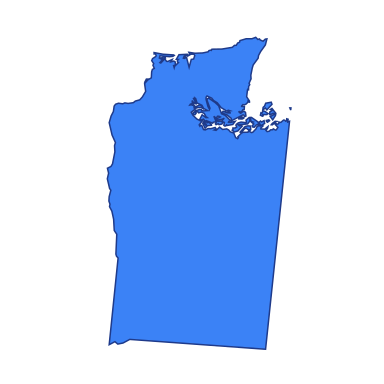 map outline of Washington (Equal Earth projection), rotated 96°
{"feature_id": "USA-3519", "entity_name": "Washington", "entity_type": "State", "adm_level": 1, "iso_a3": "USA", "parent_name": "United States of America", "parent_adm1": "", "projection": "equal_earth", "projection_center": [-122.689, 47.279], "detail": "fine", "context": "isolated", "style": "filled", "palette": "blue", "viewbox_px": 384, "rotation_deg": 96, "n_neighbors": 0, "source": "natural_earth", "source_scale": "10m", "svg_char_len": 6020}
<svg xmlns="http://www.w3.org/2000/svg" viewBox="0 0 384 384"><g transform="rotate(96 192 192)"><path d="M111.5,102.4L340.7,102.4L345.1,238.5L349.4,244.8L351.0,249.9L348.9,253.0L352.5,258.4L265.4,258.6L263.7,260.4L261.7,261.2L241.9,262.4L238.4,265.3L227.3,267.1L219.4,269.7L215.2,272.5L212.7,272.3L209.7,273.7L205.3,273.9L198.7,272.9L197.2,274.3L187.7,277.6L182.0,276.9L177.2,278.6L175.1,275.3L172.4,274.0L160.1,272.9L154.0,273.9L150.9,273.3L143.6,277.5L131.7,281.6L124.9,280.4L120.2,278.6L114.7,278.4L112.7,277.2L111.4,274.4L111.5,270.1L110.4,268.1L110.6,264.8L109.3,259.7L107.5,257.9L105.8,253.6L102.7,251.3L96.8,248.6L89.1,250.5L85.2,247.7L82.7,244.4L76.7,244.7L74.2,244.2L73.0,242.4L70.0,244.1L68.3,243.5L65.6,245.8L63.5,245.2L61.0,242.2L60.0,241.9L58.4,242.8L58.7,244.1L57.3,244.3L58.0,235.2L57.6,224.6L58.0,223.9L59.1,225.2L59.8,228.5L59.9,238.1L62.2,238.5L63.5,235.2L66.7,237.5L67.0,236.5L63.1,233.5L63.1,232.4L64.7,231.0L64.7,229.7L62.3,225.6L64.8,226.7L63.7,223.8L64.2,222.5L65.6,222.0L67.7,221.9L68.2,223.5L70.2,222.7L68.9,222.5L64.7,219.0L64.1,220.1L62.6,220.2L61.6,219.4L61.7,221.5L56.8,219.3L55.5,211.1L56.1,210.4L57.0,211.0L56.7,212.2L57.7,214.0L59.8,214.6L60.0,213.6L59.4,212.6L58.3,213.0L58.7,211.5L68.3,207.9L60.2,206.6L59.6,204.3L56.0,203.5L54.7,204.5L55.1,207.5L56.4,209.3L55.1,208.7L53.4,209.7L53.7,203.6L52.6,195.9L50.9,190.6L49.6,189.9L48.7,187.5L49.8,187.8L47.9,187.1L46.7,177.2L43.9,167.0L41.7,165.1L41.5,163.3L39.1,162.2L38.1,160.4L36.4,160.1L33.9,154.1L33.3,148.4L31.5,144.8L33.4,142.5L32.7,140.9L33.7,140.0L34.6,137.1L32.3,135.1L31.9,133.5L38.1,134.4L45.1,138.4L49.3,140.1L52.0,140.2L59.2,144.4L62.3,145.0L69.7,145.7L73.3,145.1L77.9,146.6L79.2,145.8L81.1,146.7L85.2,146.4L83.2,146.8L84.5,147.5L91.6,147.6L95.5,144.4L97.2,144.1L95.0,145.7L97.0,145.9L99.0,147.5L99.9,149.2L99.7,150.5L101.2,151.6L101.7,151.6L101.6,148.8L104.5,148.7L104.8,150.0L106.1,150.4L107.3,152.1L107.4,153.1L106.6,153.9L107.9,153.3L108.6,151.8L106.5,149.5L106.5,148.1L107.3,147.1L110.8,146.3L111.6,147.5L110.2,148.3L109.9,149.3L116.9,160.0L114.6,160.8L111.6,165.3L110.4,169.6L109.6,170.2L108.4,169.5L109.6,165.2L109.4,161.7L108.7,164.4L108.0,164.9L107.3,162.6L106.9,164.3L108.0,166.8L107.1,167.5L105.1,171.8L100.6,176.2L98.8,180.0L96.6,182.2L94.9,187.1L96.2,187.9L98.4,187.7L105.3,185.1L108.0,183.2L106.8,182.9L99.3,186.6L97.7,186.5L96.9,185.3L100.6,178.4L103.5,174.5L111.1,170.8L112.3,167.0L116.7,161.5L117.9,161.5L118.0,162.8L118.9,163.0L118.8,161.0L117.2,156.4L120.6,158.5L122.1,163.8L121.6,164.6L122.7,165.2L123.0,166.2L122.4,167.3L119.4,167.1L119.1,168.5L117.9,169.6L115.2,167.6L116.5,169.6L118.0,175.3L117.0,175.7L114.4,171.7L113.8,173.2L114.0,174.6L116.1,175.6L114.4,178.2L119.6,175.3L120.4,178.2L121.4,178.6L119.5,185.2L120.2,186.4L118.3,188.2L119.3,190.0L119.0,191.9L114.2,190.0L116.6,185.9L116.4,184.6L115.5,186.1L112.6,188.0L111.5,191.0L112.6,193.6L111.6,194.6L111.9,195.7L110.7,196.7L109.0,192.6L109.0,191.4L109.8,191.1L110.2,189.3L109.4,184.9L107.7,189.2L104.7,191.2L102.9,196.3L98.7,198.1L98.2,198.9L100.6,198.2L100.7,198.9L98.2,200.7L104.3,196.6L102.3,200.4L101.0,201.4L102.9,201.1L104.1,198.9L104.1,201.1L104.8,202.8L105.8,203.3L105.2,201.4L105.7,200.9L105.5,198.9L107.4,197.1L107.1,198.9L108.3,198.6L108.9,197.1L112.7,201.1L115.6,199.1L118.9,194.8L120.3,191.2L120.2,189.2L124.5,191.9L125.8,191.0L124.7,190.2L124.9,189.2L128.7,187.1L128.9,185.3L127.2,182.6L127.0,179.8L125.4,175.7L126.7,174.6L128.0,176.4L128.2,174.5L124.6,171.3L126.6,168.1L125.6,164.1L126.5,162.0L128.2,160.2L129.0,156.6L133.3,154.3L134.2,152.2L133.0,151.6L132.3,152.2L128.2,148.9L127.3,147.3L126.7,142.6L124.0,141.6L123.9,143.1L122.9,144.4L123.4,146.2L126.4,148.3L127.9,150.8L121.3,146.0L120.4,143.4L120.3,140.7L123.9,140.1L125.7,141.4L126.7,139.1L126.3,137.9L122.6,135.0L120.3,134.2L119.0,132.4L119.3,131.1L118.3,130.9L115.8,132.7L114.3,131.3L115.1,130.1L113.5,127.8L116.3,126.9L118.4,129.9L118.9,128.3L121.1,130.2L122.1,130.1L121.9,126.2L119.0,123.3L120.7,123.5L123.0,124.9L124.1,123.6L123.4,121.4L122.0,120.4L121.6,118.2L120.7,117.8L121.7,115.4L121.3,114.6L118.7,113.3L116.1,116.3L115.0,115.8L115.7,114.2L115.3,113.5L113.8,112.3L113.4,112.9L113.5,110.9L110.9,108.5L110.9,107.3L111.8,106.3L111.3,105.3L109.3,105.4L109.6,104.0L112.4,104.1L111.5,102.4ZM126.5,152.8L127.9,156.2L126.3,158.5L125.8,157.8L124.1,158.0L123.8,155.7L122.7,154.3L121.0,155.3L120.1,155.0L118.5,153.3L117.3,150.5L117.4,145.6L116.8,145.1L114.9,145.8L111.9,142.9L111.6,140.7L115.4,133.7L117.8,132.8L118.6,135.1L121.1,136.9L121.0,138.4L119.8,139.0L117.9,137.7L116.6,139.8L116.0,138.7L115.6,140.7L112.7,141.5L113.2,142.1L115.6,142.0L118.5,143.8L120.3,153.3L121.3,151.8L120.8,150.6L121.2,148.9L126.5,152.8ZM100.8,127.8L103.0,130.2L100.4,130.1L98.9,128.8L96.0,128.0L94.4,122.6L96.4,121.6L102.5,126.1L100.8,127.8ZM111.8,119.3L108.8,122.1L105.8,117.5L105.2,119.6L107.1,122.5L106.6,122.9L104.3,123.0L102.4,120.6L101.7,122.7L100.5,121.2L104.9,116.9L107.3,117.0L111.8,119.3ZM124.4,183.5L127.2,185.7L123.0,188.2L122.8,186.8L124.2,185.2L123.3,184.9L123.6,185.3L122.2,186.2L121.9,188.2L120.7,187.6L121.3,181.9L122.9,179.8L123.6,179.6L124.4,183.5ZM107.2,125.7L107.6,129.7L108.8,129.2L109.3,129.9L108.5,132.0L106.0,131.7L106.3,130.8L104.1,129.9L104.1,128.1L106.1,124.5L107.2,125.7ZM121.3,173.0L122.5,175.1L121.8,175.9L118.6,174.3L119.0,172.9L118.5,171.1L119.4,168.5L121.3,169.4L122.2,172.2L121.3,173.0ZM106.8,191.7L107.6,195.6L106.6,197.0L104.6,193.3L105.3,191.2L107.7,190.2L106.8,191.7ZM112.5,148.6L113.3,148.3L114.2,149.8L114.4,153.2L113.6,153.2L112.4,151.4L112.1,149.3L113.0,151.1L113.6,151.0L112.5,148.6ZM113.4,196.2L114.8,197.1L114.6,198.5L113.6,199.3L111.8,197.7L113.4,196.2ZM116.8,119.1L116.8,120.2L115.4,119.3L113.0,116.7L113.0,115.4L116.8,119.1ZM113.0,122.3L114.7,124.2L114.1,125.3L113.1,125.6L112.2,123.1L113.0,122.3ZM61.6,232.4L62.6,234.0L62.7,236.4L61.9,237.0L61.5,235.2L60.6,234.5L60.9,232.7L61.6,232.4ZM84.3,247.7L84.8,247.9L88.4,250.7L84.5,249.2L84.3,247.7ZM98.0,102.4L100.2,102.4L98.1,103.5L98.0,102.4Z" fill="#3b82f6" stroke="#1e3a8a" stroke-width="1.5"/></g></svg>